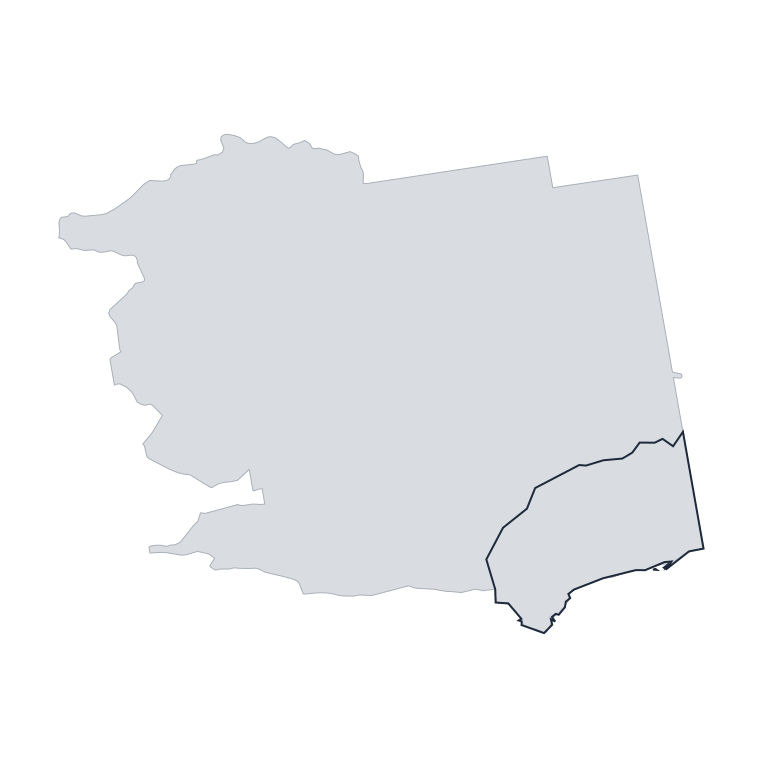 Red Sea on a map of Sudan (Equal Earth projection), rotated 80°
{"feature_id": "SDN-149", "entity_name": "Red Sea", "entity_type": "State", "adm_level": 1, "iso_a3": "SDN", "parent_name": "Sudan", "parent_adm1": "", "projection": "equal_earth", "projection_center": [36.534, 19.492], "detail": "coarse", "context": "in_parent", "style": "outline", "palette": "slate", "viewbox_px": 768, "rotation_deg": 80, "n_neighbors": 0, "source": "natural_earth", "source_scale": "10m", "svg_char_len": 4417}
<svg xmlns="http://www.w3.org/2000/svg" viewBox="0 0 768 768"><g transform="rotate(80 384 384)"><path d="M509.9,643.8L503.8,643.7L503.1,641.8L503.2,636.5L503.9,632.4L506.2,626.1L505.6,622.6L506.0,617.6L504.4,612.0L489.8,595.7L486.9,591.2L479.0,587.1L480.4,582.5L477.3,549.2L479.0,545.4L479.4,539.6L479.4,534.5L481.3,525.9L481.6,522.3L466.0,522.1L465.8,525.8L466.5,529.8L466.4,531.5L444.7,531.6L453.3,544.6L453.7,550.3L453.2,557.5L453.3,562.0L453.7,565.0L456.0,570.9L455.9,572.0L455.3,573.4L439.8,590.8L437.2,598.9L435.1,603.1L430.6,610.2L416.4,628.8L414.1,630.1L403.4,630.7L402.3,631.2L401.4,632.0L401.0,631.8L391.9,620.9L376.5,607.7L366.2,614.6L363.4,617.1L363.3,623.5L361.8,626.7L359.0,630.2L351.4,632.4L347.4,634.3L342.7,637.9L338.1,643.9L337.7,647.0L338.2,649.7L312.1,649.6L310.4,647.4L306.7,637.6L304.0,638.2L280.2,637.0L276.8,638.1L270.0,642.1L266.6,642.8L263.1,640.9L250.7,621.5L248.1,619.2L245.3,614.5L242.6,612.5L241.8,611.0L241.5,609.0L241.6,604.7L240.8,602.1L238.8,601.4L221.9,605.9L219.5,605.4L216.0,606.2L214.8,607.0L213.3,609.6L213.0,614.9L212.6,617.5L211.2,620.5L206.4,627.1L205.3,629.9L205.4,637.2L205.0,640.8L204.3,642.5L202.2,645.3L201.4,646.9L200.4,656.2L197.8,661.9L197.1,663.8L196.9,667.9L196.5,669.1L188.8,672.4L186.0,674.4L184.2,677.6L183.7,678.9L180.5,677.8L176.4,677.0L168.4,676.0L165.3,674.5L163.8,672.3L164.3,666.7L163.6,665.4L162.3,664.4L161.5,662.0L161.7,659.1L166.0,652.6L166.9,649.1L168.2,632.8L167.9,627.8L164.8,618.7L157.4,602.9L155.6,599.8L146.2,586.8L145.1,584.9L142.9,579.4L145.7,567.4L145.9,564.1L145.3,560.7L142.9,558.1L140.8,557.8L138.0,554.6L136.2,553.2L134.6,550.4L133.5,546.4L134.6,532.3L134.1,530.4L131.7,529.9L131.1,528.9L131.3,526.2L130.1,518.2L128.8,511.5L129.6,507.9L127.7,502.9L123.9,500.7L116.2,502.4L113.9,502.1L112.2,501.2L111.2,499.3L110.6,497.2L111.2,493.9L113.5,487.9L116.3,483.0L121.8,478.5L123.3,476.1L124.2,473.5L124.4,470.5L124.1,467.3L123.6,464.4L122.1,460.5L120.7,455.9L120.7,452.9L121.5,450.7L123.0,448.0L128.5,442.9L134.1,438.5L135.1,437.0L134.8,435.2L132.3,431.7L131.7,424.8L130.4,420.0L133.3,416.4L135.4,415.1L138.7,414.0L140.0,412.5L140.4,409.6L140.4,406.9L141.6,404.8L143.2,400.5L144.5,398.5L148.9,393.3L149.9,390.0L150.2,386.8L149.3,377.1L151.8,373.1L155.0,369.7L159.5,370.0L166.5,369.2L171.2,367.8L174.6,367.9L182.3,369.7L183.1,368.9L183.6,366.4L188.0,183.7L219.6,183.7L220.0,183.4L222.3,97.9L420.8,97.9L422.5,97.6L425.7,89.7L427.0,89.1L429.0,89.5L429.7,91.4L428.0,97.9L601.2,97.9L601.6,107.6L603.0,115.4L607.9,126.6L612.1,132.6L613.6,135.9L613.8,137.4L613.6,138.8L612.3,137.2L610.2,136.1L609.9,141.3L610.9,152.0L612.7,159.6L611.4,166.5L611.6,178.3L613.9,192.5L613.4,201.5L617.1,222.7L620.6,234.4L622.6,237.3L624.8,238.8L629.0,239.8L635.2,245.8L640.1,252.1L641.8,255.4L644.2,259.1L645.8,258.4L646.8,257.5L648.4,260.4L656.2,266.7L657.4,269.7L654.6,272.5L651.4,277.5L649.8,282.1L649.0,283.6L646.4,286.5L646.0,287.9L644.9,288.8L643.7,288.8L641.0,290.4L638.6,289.9L636.2,290.8L635.3,291.9L633.4,292.8L630.8,293.4L626.7,297.3L623.2,299.2L622.0,300.8L620.2,308.5L618.8,310.6L613.6,310.8L611.0,311.5L607.5,310.6L605.8,310.7L605.4,312.4L604.8,319.1L604.9,321.9L601.9,329.6L602.8,343.9L599.9,354.6L599.5,357.0L596.7,365.5L595.2,368.7L591.5,384.6L590.1,389.5L587.0,394.6L590.2,432.9L587.5,444.6L587.6,451.0L585.8,460.5L584.4,464.9L582.0,470.2L580.0,476.1L578.3,483.9L577.1,498.6L576.6,500.0L567.2,501.8L564.3,502.8L562.3,504.5L559.9,508.3L555.1,518.7L552.5,525.0L548.6,533.8L544.0,540.0L543.0,543.0L542.3,548.6L540.6,557.4L539.0,563.7L539.3,568.8L537.8,577.6L538.0,581.9L536.4,584.2L534.2,586.5L532.8,587.1L526.3,581.2L521.6,585.2L518.8,590.9L516.5,596.7L517.8,608.9L517.6,611.6L517.0,614.5L512.6,626.5L511.3,631.9L510.0,641.5L509.9,643.8Z" fill="#d9dde1" stroke="#a8b0b8" stroke-width="1"/><path d="M657.1,269.7L645.3,290.4L641.7,289.6L640.3,292.4L639.1,289.5L621.6,299.7L618.6,312.0L605.6,310.1L574.5,313.7L546.2,291.7L531.6,264.9L512.7,253.2L497.7,205.9L499.4,199.2L497.2,181.3L498.8,162.2L494.7,151.4L486.1,142.4L488.8,127.5L486.4,119.2L495.5,110.1L483.0,97.9L601.6,97.9L601.8,112.7L615.4,138.1L613.4,140.3L611.4,136.4L614.1,138.2L612.7,135.1L608.7,131.6L608.1,138.8L612.7,159.2L611.0,168.5L613.3,201.8L619.4,232.6L622.8,238.9L627.2,237.8L629.9,242.7L635.3,244.6L641.6,252.0L640.2,254.8L642.6,259.1L647.6,256.6L644.7,260.5L650.3,260.2L657.1,269.7ZM613.2,148.9L614.4,147.7L613.5,151.3L613.2,148.9Z" fill="none" stroke="#1e293b" stroke-width="2"/></g></svg>